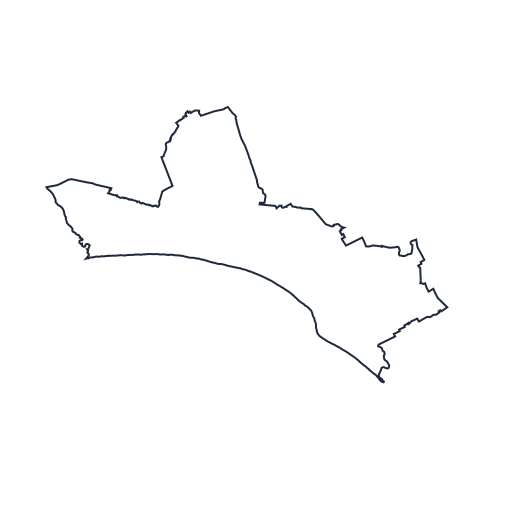 the district of La Antigua, Veracruz, Mexico, rotated 145°
{"feature_id": "50627088B44278957593951", "entity_name": "La Antigua", "entity_type": "district", "adm_level": 2, "iso_a3": "MEX", "parent_name": "Mexico", "parent_adm1": "Veracruz", "projection": "mercator", "projection_center": [-96.303, 19.318], "detail": "fine", "context": "isolated", "style": "outline", "palette": "slate", "viewbox_px": 512, "rotation_deg": 145, "n_neighbors": 0, "source": "geoboundaries", "source_scale": "gbopen_adm2", "svg_char_len": 6128}
<svg xmlns="http://www.w3.org/2000/svg" viewBox="0 0 512 512"><g transform="rotate(145 256 256)"><path d="M396.6,351.3L395.4,350.9L394.9,350.3L394.2,350.1L393.9,350.4L393.4,350.3L390.1,348.3L387.4,347.3L386.2,346.5L385.5,345.7L384.9,345.5L383.1,344.4L382.6,344.4L382.0,344.0L380.9,342.9L379.0,342.1L376.9,340.7L376.5,340.8L375.0,339.5L372.4,338.0L371.1,336.9L366.7,334.5L362.9,331.4L362.2,331.3L359.4,329.7L358.5,328.9L357.7,328.6L355.3,326.9L354.4,326.7L353.4,325.9L351.8,325.0L349.7,323.1L347.3,322.0L346.7,321.3L345.9,321.1L342.5,318.9L341.4,318.3L340.2,317.2L335.5,314.0L333.7,312.2L330.7,310.3L327.0,306.9L326.0,306.7L325.5,306.1L324.4,305.5L323.1,304.4L322.4,303.4L317.8,299.9L317.4,299.1L316.3,298.5L314.7,296.4L313.2,295.0L312.6,294.1L310.6,292.1L307.9,290.1L306.1,288.0L304.6,287.0L302.4,284.0L301.6,283.6L296.1,276.5L295.6,276.1L295.0,275.1L294.4,274.8L291.2,270.8L289.2,269.6L285.5,265.3L285.1,264.6L276.6,255.5L275.6,254.7L274.9,253.4L272.5,250.7L270.4,247.4L270.0,247.3L263.2,236.8L257.6,226.7L256.6,224.2L256.1,223.4L255.7,222.0L252.2,214.3L249.2,206.7L247.7,201.0L247.8,200.2L247.3,199.0L246.4,193.9L244.4,189.0L244.4,187.9L242.8,184.1L242.5,181.6L242.2,180.8L242.2,179.2L242.8,176.5L243.5,175.1L244.3,170.8L244.9,169.8L245.5,167.1L246.1,165.6L247.8,163.1L250.0,157.4L249.9,154.1L249.6,153.5L249.4,152.5L248.8,151.4L248.5,150.1L248.0,149.3L245.9,144.0L245.2,142.9L244.8,141.9L242.4,137.7L241.6,135.7L241.2,135.4L240.9,134.4L240.2,133.5L239.1,130.3L237.0,126.0L233.4,116.4L232.0,111.7L231.5,108.7L230.9,106.9L230.4,104.7L229.6,102.9L229.0,99.8L228.5,98.9L228.6,98.7L228.4,97.3L227.0,92.2L226.0,89.7L225.9,87.1L225.6,85.7L225.7,83.9L225.3,81.2L224.5,80.5L224.3,79.7L224.0,79.4L223.3,79.7L223.7,80.9L223.4,83.2L224.5,84.8L224.3,87.2L224.2,87.6L223.6,88.2L223.1,88.2L222.6,89.0L220.8,89.8L217.6,92.1L216.5,92.3L215.4,91.9L214.8,91.3L214.1,89.9L213.1,88.8L212.4,88.3L211.8,88.3L210.9,88.7L209.9,89.5L209.5,91.0L209.3,93.6L209.3,94.8L210.0,96.6L210.1,98.0L209.0,100.2L208.3,101.2L207.1,101.6L206.3,102.9L206.0,104.0L206.5,105.0L206.5,105.9L205.8,108.4L206.8,110.7L207.7,112.1L206.4,113.1L188.2,110.3L187.8,113.1L181.3,112.0L181.0,113.7L174.9,112.5L174.5,113.9L171.8,113.8L171.5,113.4L169.6,113.8L169.7,112.6L166.1,113.4L159.8,112.2L160.2,109.0L159.9,108.8L150.9,108.1L148.3,106.0L144.3,106.0L142.3,104.7L138.3,104.6L138.0,106.0L136.2,105.9L135.9,104.4L128.7,104.3L131.2,117.4L130.2,124.3L129.5,127.4L135.0,127.8L134.4,132.4L133.1,136.6L134.8,137.0L135.6,138.4L137.0,139.5L135.4,141.0L128.2,152.2L128.8,153.2L128.6,155.1L124.9,154.7L124.6,156.6L120.4,156.2L119.8,160.1L118.7,170.5L115.4,177.6L120.0,178.9L121.2,178.7L121.7,178.3L122.3,177.2L121.6,175.5L121.6,175.0L122.8,173.7L124.0,172.0L127.2,169.0L127.9,168.9L130.8,170.3L132.4,170.3L134.5,170.8L136.6,172.5L136.8,173.1L137.9,173.9L138.1,174.9L136.9,176.8L135.6,177.6L135.0,178.3L134.5,179.7L134.2,181.7L134.8,182.4L137.0,183.3L141.6,186.0L143.1,187.4L147.1,192.1L147.5,191.4L150.7,194.6L154.4,197.7L157.9,198.9L160.3,200.7L159.1,206.1L158.4,210.2L176.3,212.9L176.0,220.8L173.7,220.8L173.7,220.6L172.4,220.5L172.0,223.9L173.6,224.0L173.1,228.2L171.4,228.2L171.3,229.1L167.5,228.7L169.3,230.7L170.4,235.1L171.6,235.8L174.2,236.6L174.3,236.9L174.6,236.9L175.5,236.4L175.5,236.1L176.4,236.4L177.1,236.9L180.6,241.9L181.7,254.1L182.7,261.4L183.7,262.8L184.4,262.9L184.5,263.3L191.5,269.1L191.6,270.1L192.4,270.5L194.5,272.1L195.2,273.2L197.8,275.7L197.7,278.9L202.2,279.3L202.8,278.7L203.9,279.6L205.1,279.6L206.7,280.4L206.9,282.2L206.3,282.6L207.7,283.7L211.8,283.3L211.4,285.1L211.5,286.0L223.5,296.2L222.1,297.4L219.5,295.3L218.4,294.8L213.9,299.5L213.3,300.9L214.1,303.6L212.6,306.5L212.7,307.6L214.3,310.2L214.3,311.6L212.6,316.4L211.9,317.0L206.8,334.4L206.7,335.8L205.7,337.3L205.4,339.7L204.1,343.6L201.8,352.4L200.7,360.5L199.6,364.3L195.6,376.0L194.5,378.1L193.7,380.6L192.5,381.5L192.5,383.8L193.3,386.8L193.6,394.2L196.8,394.9L197.9,394.7L199.8,395.3L207.0,398.4L220.7,402.5L220.7,405.7L220.3,406.5L219.2,407.7L222.7,410.3L224.3,410.3L225.4,410.6L227.4,410.5L227.4,412.2L229.0,412.0L229.1,413.9L231.3,413.4L231.3,413.1L232.4,412.8L232.7,410.3L233.0,410.3L232.8,411.5L234.9,411.6L235.8,411.6L235.9,410.7L240.2,410.7L240.2,411.0L245.0,410.9L244.9,407.0L245.5,406.6L247.9,405.7L251.3,404.0L254.5,403.2L254.7,403.5L257.5,402.2L258.2,401.1L259.7,399.9L259.6,400.7L260.9,399.7L262.6,399.6L264.0,400.1L265.3,399.8L265.8,399.4L267.2,396.5L268.7,394.6L272.3,392.4L274.6,390.7L276.8,391.2L278.6,383.8L278.8,383.7L278.8,382.9L284.2,361.3L290.5,362.2L295.7,362.6L301.6,357.8L304.1,356.2L305.3,354.0L306.8,352.9L308.0,352.4L309.3,354.2L308.9,354.4L308.9,354.6L310.3,355.2L310.7,355.8L311.5,355.9L311.9,356.2L312.2,355.9L312.3,356.0L312.7,356.5L313.4,358.5L314.6,359.0L314.7,359.8L315.6,360.6L316.5,361.1L317.5,363.1L318.6,364.7L319.7,364.7L320.1,365.5L320.4,365.6L320.5,367.6L321.6,368.5L322.4,368.3L322.4,369.0L322.8,370.0L324.5,372.1L325.3,372.8L325.6,373.8L326.1,373.8L326.8,374.6L327.4,374.8L327.3,375.1L327.7,375.8L328.2,376.1L328.5,377.0L329.0,377.4L329.8,378.8L330.6,378.7L331.1,379.3L331.1,379.7L331.6,380.3L331.7,380.2L333.8,381.5L335.4,384.6L335.8,384.8L335.8,385.1L335.1,385.5L336.9,386.8L341.2,392.2L339.6,392.7L337.6,394.3L337.3,394.2L337.1,393.5L335.6,394.5L346.3,406.3L348.3,409.5L352.5,413.5L362.4,424.1L363.7,425.1L366.1,426.1L376.2,427.6L378.4,428.1L388.2,432.6L388.3,432.3L388.3,430.8L387.2,426.7L386.9,423.1L387.8,417.5L389.1,415.2L389.3,414.5L389.0,413.3L389.0,411.1L388.0,409.8L388.0,409.2L387.5,408.4L387.5,407.4L387.1,406.0L387.7,402.9L389.5,398.7L389.4,396.8L390.5,395.6L391.9,391.2L391.6,389.0L390.9,386.3L390.7,384.4L391.0,383.0L391.8,382.3L392.1,381.4L391.9,380.4L391.3,379.9L390.8,378.5L390.7,378.0L390.9,377.6L390.7,376.8L390.0,375.6L389.2,374.9L389.1,372.6L389.8,372.1L388.5,369.8L388.7,368.8L389.4,368.7L390.6,369.5L392.0,369.6L392.9,368.4L392.9,367.4L392.5,366.2L391.4,365.9L392.7,364.3L391.9,362.5L391.0,361.8L390.2,361.9L389.6,362.8L388.7,363.2L387.5,362.8L386.7,362.0L386.1,360.1L389.3,358.1L390.6,358.5L390.4,356.6L392.2,355.4L391.8,353.8L392.3,352.8L393.7,352.1L396.6,351.3Z" fill="none" stroke="#1e293b" stroke-width="2"/></g></svg>